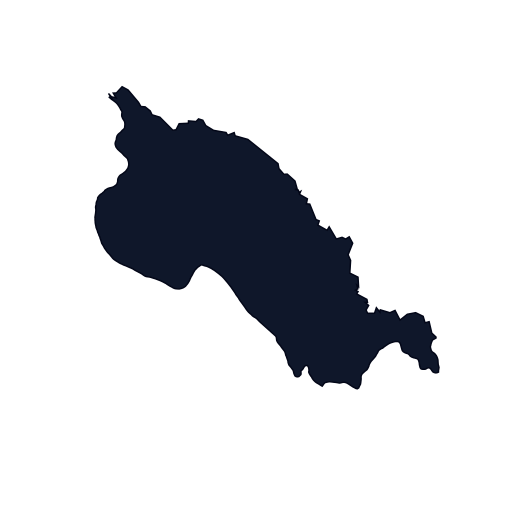 the district of IX-1 Rupununi West, Upper Takutu-Upper Essequibo, Guyana, rotated 127°
{"feature_id": "73187651B14852666038275", "entity_name": "IX-1 Rupununi West", "entity_type": "district", "adm_level": 2, "iso_a3": "GUY", "parent_name": "Guyana", "parent_adm1": "Upper Takutu-Upper Essequibo", "projection": "robinson", "projection_center": [-59.236, 3.169], "detail": "fine", "context": "isolated", "style": "filled", "palette": "ink", "viewbox_px": 512, "rotation_deg": 127, "n_neighbors": 0, "source": "geoboundaries", "source_scale": "gbopen_adm2", "svg_char_len": 6073}
<svg xmlns="http://www.w3.org/2000/svg" viewBox="0 0 512 512"><g transform="rotate(127 256 256)"><path d="M238.9,40.4L237.7,41.3L236.0,42.2L234.9,42.8L233.9,44.0L233.1,45.1L232.1,46.0L230.8,47.1L229.6,48.1L228.5,49.5L227.8,50.6L227.1,52.0L226.6,53.7L226.4,55.0L226.5,56.4L226.5,57.8L226.0,59.2L224.3,61.4L223.3,62.3L222.0,62.8L220.8,63.4L219.6,63.8L216.9,64.5L213.2,62.9L212.4,63.5L211.8,69.2L204.3,78.2L207.6,80.8L203.6,86.2L205.2,94.4L211.5,100.1L220.5,102.4L215.8,112.2L220.7,114.9L224.2,124.3L226.3,123.2L224.9,128.7L230.4,126.9L234.6,132.4L232.9,135.6L227.7,136.3L227.3,140.9L225.9,139.1L223.9,141.3L225.7,152.8L223.0,153.1L223.4,156.0L220.9,154.9L218.6,157.9L218.8,155.6L211.5,161.8L213.2,170.8L202.6,177.8L199.6,183.2L187.6,186.5L184.6,193.1L188.5,194.6L189.3,198.5L194.1,202.1L188.7,215.1L192.7,214.7L194.1,225.2L189.9,226.6L190.8,230.0L182.2,244.3L184.0,247.2L179.4,249.4L180.6,258.4L177.6,259.2L179.4,259.9L177.9,261.9L179.4,265.0L177.6,263.6L172.7,270.0L171.8,280.3L174.0,282.9L172.4,290.3L169.0,294.0L167.8,332.7L172.6,345.0L170.6,347.7L176.6,351.3L175.4,354.2L181.2,365.5L182.1,374.6L179.6,380.2L181.1,384.4L184.7,384.8L188.7,391.2L190.7,389.9L196.6,397.0L203.3,395.8L205.6,398.1L203.0,416.3L205.8,424.0L203.8,427.8L203.6,434.3L205.9,437.9L204.0,442.3L200.4,458.1L201.4,464.8L209.8,465.6L211.8,468.0L213.9,462.9L215.8,467.2L215.0,471.6L216.7,466.5L217.2,468.3L217.1,468.6L217.5,468.7L217.7,467.2L217.8,465.7L217.7,464.0L217.7,462.5L217.7,461.1L217.8,459.6L218.1,458.1L218.5,456.8L219.0,455.3L219.8,453.4L220.5,452.1L221.1,450.3L222.1,449.3L223.5,448.6L225.0,447.5L226.1,445.8L226.7,444.6L227.2,443.1L227.8,441.8L228.7,440.8L230.0,439.7L232.9,438.0L234.4,438.0L235.9,438.4L238.8,438.6L240.2,439.0L241.7,439.3L243.4,439.3L245.2,438.7L246.3,438.1L247.5,437.4L248.9,437.1L250.0,436.7L251.2,436.0L252.1,435.0L253.2,433.4L253.6,432.1L254.0,430.7L254.3,427.9L254.4,426.2L254.5,424.8L254.8,423.4L255.1,422.0L255.4,418.3L255.7,417.0L256.6,415.8L257.4,414.6L258.3,413.7L259.4,412.7L260.5,412.1L261.7,411.6L262.9,411.2L264.2,411.1L265.5,411.1L267.0,411.1L268.4,411.5L270.1,411.9L271.5,412.4L273.2,413.1L274.6,413.2L276.0,413.1L277.3,412.8L278.5,412.2L279.7,411.3L281.0,410.8L282.4,410.4L284.0,410.6L285.1,411.0L286.4,411.4L287.8,412.3L288.8,413.1L290.1,414.2L291.5,415.1L293.1,415.7L294.5,416.2L295.8,416.0L297.2,416.4L298.6,416.6L300.1,417.2L301.5,417.5L303.0,417.6L304.7,417.5L306.0,416.7L307.3,416.3L309.0,415.9L310.3,415.2L311.3,414.5L312.7,414.0L313.8,413.3L314.8,412.3L315.7,411.5L318.3,409.9L320.7,408.6L322.0,407.9L323.0,407.0L324.1,406.2L325.2,405.2L326.3,404.3L327.4,403.1L328.6,401.7L329.5,400.8L330.3,399.5L331.2,398.0L332.3,396.6L333.2,394.9L334.1,393.7L334.8,392.2L335.7,391.1L336.7,389.5L337.9,387.9L338.7,386.8L339.4,385.0L340.0,383.5L340.8,381.9L341.3,380.4L341.8,378.8L342.3,377.2L342.6,375.7L342.8,374.0L343.2,372.5L343.6,370.7L344.0,369.3L344.2,367.9L344.2,366.4L344.1,364.8L343.9,362.9L343.8,361.4L343.6,359.9L343.1,357.9L342.9,356.5L342.5,355.2L342.1,353.9L341.3,350.4L340.8,348.5L340.4,346.7L340.3,345.3L340.2,343.9L339.7,341.1L339.5,339.7L339.2,338.1L339.0,336.3L339.0,334.8L338.9,332.9L338.5,331.4L337.7,329.9L336.9,328.5L336.3,327.1L335.9,325.9L335.3,324.2L334.8,322.9L334.3,321.2L333.3,317.7L332.9,315.9L332.6,314.4L332.4,312.9L332.1,311.3L332.1,309.8L331.8,306.5L331.5,304.9L331.3,303.1L331.0,301.7L330.4,300.4L329.4,298.8L328.4,297.4L326.8,296.1L325.3,295.1L323.8,294.5L322.5,294.1L321.2,294.1L320.1,294.0L318.6,294.0L317.1,294.2L315.9,294.3L314.5,294.7L313.1,295.0L311.7,295.3L310.3,295.4L309.0,295.6L307.5,295.9L306.0,296.1L303.5,296.3L302.1,296.0L300.6,295.9L299.1,295.5L297.8,295.0L296.3,294.7L295.4,293.3L295.0,291.9L294.5,290.6L293.9,289.3L293.4,287.4L293.1,285.7L292.8,284.3L292.7,282.4L292.5,280.6L292.5,279.0L292.5,277.0L292.5,275.2L292.6,273.4L292.7,271.1L293.0,269.0L293.5,266.6L294.0,264.5L294.3,263.1L294.9,260.8L295.4,259.0L295.8,257.4L296.5,255.3L297.2,253.2L297.6,251.9L298.3,250.0L298.9,248.7L299.5,246.6L300.0,244.8L300.8,243.1L301.5,240.9L302.2,238.5L302.7,236.9L303.1,235.6L303.6,234.0L304.3,232.1L304.8,230.4L305.3,228.3L305.5,226.3L305.6,224.4L305.9,223.0L305.9,221.4L305.6,219.3L305.6,217.5L306.1,214.6L306.3,212.9L308.1,192.0L308.8,190.7L310.1,189.5L311.0,188.6L311.7,187.3L312.3,185.5L313.0,182.2L313.6,180.6L314.3,178.0L314.8,176.1L315.4,174.9L316.2,173.8L317.3,172.5L317.9,171.3L318.7,170.2L320.6,167.3L321.7,166.3L322.5,165.2L323.2,164.1L323.6,162.3L323.9,160.9L324.4,159.4L324.8,157.9L325.6,156.6L326.7,155.4L327.6,154.0L328.3,152.6L328.1,151.2L327.4,150.0L326.4,149.2L324.9,149.0L323.7,148.8L322.5,149.5L321.4,150.5L320.2,151.0L318.9,150.5L317.5,150.6L316.2,150.8L314.6,150.8L313.5,150.3L312.5,149.1L313.0,147.6L313.8,146.4L314.8,145.4L315.8,144.6L316.9,144.1L317.8,142.7L318.8,140.2L319.1,138.9L319.9,137.3L320.5,135.3L320.8,133.0L320.8,131.4L320.6,130.0L320.4,128.3L320.3,126.6L320.1,124.8L318.7,124.8L317.3,124.9L315.8,124.8L314.6,123.9L313.3,122.8L312.2,121.7L311.5,120.6L310.8,119.4L308.8,116.0L307.9,114.3L307.3,113.0L306.4,112.1L304.9,110.9L303.8,109.7L303.1,108.2L302.7,106.8L302.5,104.9L302.4,103.1L302.3,101.5L302.2,99.7L301.9,98.3L301.7,96.6L301.1,95.2L299.5,94.6L298.1,95.0L296.9,95.2L295.6,95.4L294.4,96.0L293.2,96.7L292.0,97.4L290.9,98.1L289.7,99.1L288.6,99.8L286.9,100.3L285.4,100.2L283.9,99.9L282.7,99.7L280.1,99.0L278.7,99.1L277.5,99.3L276.1,99.6L275.0,100.1L273.8,100.4L272.2,100.6L270.7,100.7L267.5,100.4L265.8,100.3L264.3,100.2L261.8,100.6L260.0,100.7L258.5,101.1L257.2,101.1L255.7,100.6L254.4,100.1L253.3,99.4L251.8,99.1L249.2,98.3L248.1,97.9L246.7,97.4L245.5,96.9L244.0,96.0L241.5,94.2L240.3,93.1L239.4,91.9L238.6,90.6L238.8,88.9L239.5,87.4L240.5,86.2L241.6,84.8L242.6,83.5L243.5,82.2L243.8,80.7L243.6,78.9L243.2,77.4L242.6,76.0L242.6,74.4L243.1,72.8L243.0,71.0L242.4,68.9L241.8,67.6L241.1,65.7L241.0,64.4L241.7,63.1L242.4,62.1L243.6,60.8L244.5,60.0L245.4,58.9L246.4,57.7L246.8,56.1L246.1,54.7L245.0,53.2L244.1,52.4L242.7,51.9L241.6,51.2L240.9,50.0L241.1,48.0L241.7,46.4L242.1,44.9L241.8,43.5L241.2,42.2L240.3,41.2L238.9,40.4Z" fill="#0f172a" stroke="#020617" stroke-width="1.5"/></g></svg>